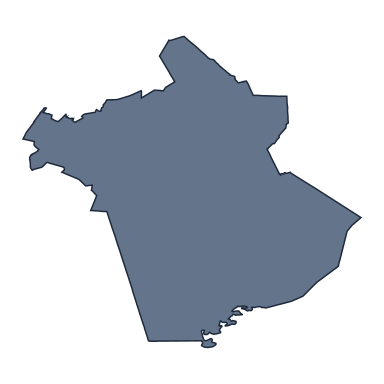 Stradu pag., Gulbene, Latvia (Equal Earth projection)
{"feature_id": "27541924B17410548026039", "entity_name": "Stradu pag.", "entity_type": "district", "adm_level": 2, "iso_a3": "LVA", "parent_name": "Latvia", "parent_adm1": "Gulbene", "projection": "equal_earth", "projection_center": [26.834, 57.111], "detail": "fine", "context": "isolated", "style": "filled", "palette": "slate", "viewbox_px": 384, "rotation_deg": 0, "n_neighbors": 0, "source": "geoboundaries", "source_scale": "gbopen_adm2", "svg_char_len": 5801}
<svg xmlns="http://www.w3.org/2000/svg" viewBox="0 0 384 384"><path d="M288.3,122.9L288.0,119.4L288.0,116.6L287.7,113.8L287.5,110.0L287.7,107.8L287.0,102.6L286.8,96.3L281.1,96.2L278.1,96.3L276.4,96.1L262.2,95.7L258.6,95.4L253.2,95.3L251.6,91.9L248.2,84.2L246.9,81.8L246.2,81.0L243.2,81.6L243.4,81.8L238.1,82.8L236.3,80.6L235.2,79.8L235.2,79.3L234.8,76.6L234.5,76.4L230.0,75.0L230.1,74.9L229.8,74.3L227.0,72.3L225.2,70.5L224.7,70.3L218.8,65.2L218.3,64.4L215.1,61.6L215.0,61.0L213.4,59.6L210.3,59.2L208.9,58.3L208.3,58.0L204.4,54.1L204.2,54.0L200.7,51.0L197.3,47.8L192.3,43.5L192.1,43.4L189.5,41.3L184.0,36.4L181.8,36.9L170.4,40.5L170.1,40.6L169.6,40.5L169.0,40.1L159.5,56.1L161.1,58.6L168.2,70.6L168.3,70.6L169.0,71.8L169.7,73.3L173.8,80.2L174.8,81.8L165.6,87.4L163.4,90.8L160.5,90.6L160.4,90.5L154.5,90.1L141.4,98.0L141.5,92.4L141.4,91.0L141.2,90.7L129.7,95.8L117.9,99.4L115.4,99.7L107.0,99.9L107.0,100.2L106.2,100.8L106.0,101.4L106.0,101.6L105.6,102.2L104.5,103.4L103.1,105.1L103.5,105.8L103.0,107.1L101.7,107.7L100.9,110.0L101.3,110.5L101.2,110.7L100.1,111.4L99.8,111.4L99.3,111.2L96.4,109.6L95.1,112.3L94.9,112.4L90.2,113.1L85.0,114.0L82.8,115.1L82.6,115.4L81.7,116.4L82.3,116.9L82.3,117.3L82.8,117.7L82.8,118.1L79.0,120.1L74.9,122.4L72.3,120.4L73.1,119.6L73.5,118.9L73.6,118.5L71.8,118.7L71.9,118.3L71.6,118.3L71.0,118.6L70.3,118.5L68.8,118.2L68.7,118.0L68.4,117.8L67.4,117.7L67.1,117.4L66.7,117.3L66.3,117.0L66.3,116.8L66.7,116.5L65.9,116.6L65.5,115.5L65.9,115.3L66.1,114.5L65.9,114.3L64.6,115.5L62.1,118.1L58.1,121.6L55.1,120.6L51.3,118.5L52.0,115.1L51.3,114.9L48.8,113.8L46.8,113.7L45.3,113.0L43.2,112.6L46.1,108.6L45.5,108.4L45.9,108.0L45.0,107.8L44.1,108.1L41.8,111.3L41.6,111.3L40.9,112.1L40.6,112.3L40.2,112.8L40.5,112.9L38.5,115.4L33.8,121.9L34.2,122.1L26.7,131.9L25.6,133.8L24.9,135.4L23.0,139.0L29.4,140.4L34.3,141.6L34.0,144.9L35.6,147.0L38.8,149.4L37.4,151.0L37.5,151.1L37.0,151.5L34.6,153.0L32.3,154.1L32.6,154.2L32.0,154.7L30.8,155.7L30.6,155.6L30.3,156.1L30.2,156.5L29.9,157.2L29.7,157.3L29.7,159.4L29.8,159.4L29.9,160.2L30.4,164.4L30.3,166.8L30.6,167.7L31.0,168.5L32.2,170.3L33.9,169.4L41.8,167.2L44.1,165.2L44.4,164.8L46.4,162.8L46.8,162.5L47.4,162.4L50.0,163.3L61.7,166.6L63.9,167.4L64.5,169.6L64.4,169.8L61.8,172.2L79.0,179.4L85.7,185.9L92.2,185.1L91.5,190.2L91.4,190.3L92.3,190.9L94.2,192.8L94.2,193.1L96.7,195.5L94.5,201.2L92.9,205.1L90.7,210.5L98.7,211.0L103.0,211.5L106.8,211.5L112.6,229.2L112.7,229.4L114.4,234.4L115.1,236.4L117.9,245.4L119.1,248.7L122.7,260.0L122.8,260.4L123.1,261.4L123.5,262.3L127.5,274.8L127.7,275.1L132.6,290.4L132.5,290.6L143.2,324.3L143.3,324.3L144.5,327.7L144.4,327.9L147.0,335.9L148.5,341.1L148.4,341.1L156.1,341.3L156.5,341.1L201.3,340.8L201.2,341.0L201.9,341.3L202.3,341.8L202.6,342.6L202.6,343.1L202.4,343.7L201.7,344.7L201.6,345.0L201.6,345.4L201.9,345.9L203.5,346.6L204.5,347.2L205.1,347.3L206.8,347.3L207.9,347.6L209.2,347.2L210.1,347.2L212.7,346.7L215.2,345.2L215.8,344.6L216.0,344.2L216.0,343.7L215.7,343.2L215.4,343.1L212.3,342.3L211.7,341.8L211.6,341.4L211.7,341.0L212.3,340.1L212.3,339.6L212.0,339.2L211.0,338.6L210.2,338.7L208.6,339.8L206.5,340.5L205.9,340.7L204.9,340.7L204.6,340.6L204.2,340.4L203.2,338.2L202.4,335.4L202.1,333.6L201.6,332.6L201.5,332.2L201.6,331.6L201.5,330.9L201.7,330.6L202.1,330.3L203.7,330.2L204.3,330.3L204.4,330.6L204.4,331.0L203.8,332.2L203.7,333.2L203.9,334.0L204.1,334.2L205.0,334.5L206.4,334.6L207.2,334.4L208.7,333.4L208.9,333.2L209.0,332.7L209.4,332.4L210.2,332.5L210.7,333.1L211.3,333.5L212.5,333.8L213.0,334.1L213.8,334.2L216.7,333.8L219.5,333.1L220.4,332.7L220.7,332.2L220.6,331.7L219.3,330.4L219.3,330.2L220.7,327.9L220.9,327.3L221.8,326.7L221.9,326.4L221.9,326.0L221.7,325.8L221.2,325.7L219.2,325.9L218.9,325.5L219.4,324.6L219.5,323.8L219.9,322.9L220.0,321.9L220.2,321.2L220.3,321.1L220.8,321.0L222.0,322.0L222.7,322.4L226.3,322.3L226.7,322.6L227.2,323.4L227.2,323.8L227.1,324.1L226.2,324.9L225.3,325.2L225.2,325.3L225.2,325.6L225.3,325.9L225.5,326.0L228.0,325.7L229.4,325.2L231.7,324.2L232.3,324.1L234.3,324.3L234.6,324.3L235.3,323.9L235.6,323.7L236.1,322.7L236.2,321.7L235.9,321.3L235.3,321.1L234.1,320.9L232.8,320.5L232.5,320.6L231.9,321.2L231.5,321.3L231.1,321.1L230.2,319.6L229.9,319.3L229.6,319.2L228.6,319.1L228.3,319.0L228.4,318.6L228.6,318.3L229.7,317.5L231.1,316.2L232.1,315.8L232.4,315.2L233.0,314.5L233.8,314.5L234.7,314.6L235.5,315.2L238.1,314.9L240.0,314.9L241.0,314.7L241.7,314.8L242.2,314.7L242.3,314.5L242.2,314.3L240.6,313.3L239.9,312.4L239.0,311.2L238.7,311.1L237.8,310.8L234.1,311.4L233.0,311.7L232.3,311.6L232.1,311.5L232.0,311.3L232.1,310.7L234.7,308.4L235.5,308.1L237.1,307.0L237.3,306.8L237.5,306.3L237.8,306.3L239.0,306.6L240.0,306.5L242.7,306.1L244.9,306.1L245.7,306.3L247.3,307.2L247.5,307.4L247.4,307.6L247.1,307.8L246.5,307.9L244.5,308.0L243.3,307.8L242.2,307.8L241.7,308.0L241.8,308.6L242.2,308.8L244.2,309.0L247.2,310.8L247.6,310.9L248.6,310.5L249.0,310.5L251.0,310.6L251.6,310.4L252.2,309.5L252.3,309.1L252.3,308.8L251.8,307.8L251.7,307.4L251.8,307.3L252.6,307.3L254.5,307.5L257.3,306.8L260.3,306.6L260.8,306.8L261.5,307.5L261.9,307.5L262.6,307.4L262.9,307.6L264.1,307.4L264.5,307.7L265.3,307.8L265.7,308.0L291.5,301.2L302.9,296.2L316.8,282.3L338.2,266.4L338.3,266.2L338.2,266.2L339.4,261.3L339.8,260.3L347.1,231.2L352.2,225.1L361.0,217.6L312.6,186.6L310.5,185.4L293.4,174.7L290.3,172.6L290.2,172.3L289.4,172.5L287.7,173.1L286.7,173.3L286.1,173.3L285.3,172.7L284.6,172.7L284.1,173.0L284.0,173.7L283.5,174.0L282.8,173.9L281.9,173.6L281.1,173.8L280.8,174.0L280.7,174.3L280.7,175.0L279.1,173.9L278.9,173.1L279.0,173.1L271.5,158.2L270.2,155.3L269.2,153.2L267.7,150.5L267.2,149.2L267.7,149.2L268.0,148.3L272.7,143.7L274.4,143.6L277.1,139.6L279.2,137.5L279.0,135.7L285.9,127.9L286.1,125.5L286.0,124.7L288.3,122.9Z" fill="#64748b" stroke="#1e293b" stroke-width="1.5"/></svg>